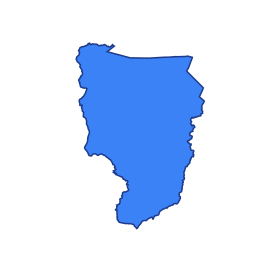 Shinyalu, Western, Kenya, rotated 293°
{"feature_id": "3690345B96442316049931", "entity_name": "Shinyalu", "entity_type": "district", "adm_level": 2, "iso_a3": "KEN", "parent_name": "Kenya", "parent_adm1": "Western", "projection": "orthographic", "projection_center": [34.839, 0.289], "detail": "fine", "context": "isolated", "style": "filled", "palette": "blue", "viewbox_px": 256, "rotation_deg": 293, "n_neighbors": 0, "source": "geoboundaries", "source_scale": "gbopen_adm2", "svg_char_len": 5809}
<svg xmlns="http://www.w3.org/2000/svg" viewBox="0 0 256 256"><g transform="rotate(293 128 128)"><path d="M209.7,139.0L207.0,133.1L200.5,120.0L194.8,106.0L194.3,104.7L193.8,104.1L193.3,101.7L190.1,79.0L198.0,83.4L198.6,81.1L197.9,81.1L195.4,79.6L195.2,78.9L195.5,77.9L195.1,77.5L194.9,76.9L195.2,76.2L195.5,75.8L195.6,73.6L194.4,72.7L194.0,72.2L194.0,71.6L193.9,71.1L193.0,70.3L192.4,68.7L192.5,67.9L192.9,67.2L192.9,66.5L192.6,65.5L191.8,63.9L191.7,62.5L190.3,61.4L190.2,60.7L190.4,60.2L190.9,60.0L191.1,59.5L190.7,59.0L190.1,58.5L189.3,58.2L188.8,58.6L188.3,58.2L187.8,57.4L187.3,56.9L186.6,56.7L186.3,55.9L185.6,55.5L185.0,54.0L184.3,53.3L183.6,52.9L183.0,52.4L181.3,52.5L180.5,52.3L179.9,52.3L179.9,52.8L178.7,53.4L178.5,54.0L176.0,54.3L173.7,53.2L172.6,53.2L171.7,53.3L170.9,53.5L170.0,54.9L169.2,55.3L168.6,57.6L168.2,58.0L167.6,59.4L166.9,59.8L166.2,59.6L165.5,59.8L165.1,60.4L164.8,60.9L164.4,61.3L163.9,62.4L163.4,62.7L163.0,63.3L162.5,63.4L161.9,63.4L161.7,64.1L161.2,64.3L160.1,65.0L158.3,65.1L157.9,64.6L157.4,64.3L156.6,64.3L156.1,64.6L155.6,64.2L154.9,64.4L154.3,64.3L153.7,63.8L152.7,63.9L151.5,65.0L151.4,65.5L150.8,65.9L149.9,66.1L149.6,66.7L147.6,68.0L147.3,68.6L147.3,69.3L147.5,70.2L147.3,70.9L147.6,71.4L147.5,72.0L147.8,72.4L148.3,73.7L148.2,74.7L146.9,75.0L145.6,75.0L143.5,75.2L141.4,74.9L139.9,74.8L138.6,74.0L136.8,73.5L135.9,72.6L135.1,72.3L134.4,72.3L133.4,72.7L131.6,74.2L130.9,74.4L130.1,74.8L130.0,75.5L131.1,76.4L131.0,77.0L129.6,77.3L128.8,77.2L128.2,77.6L127.2,78.5L125.9,79.2L125.6,79.6L125.2,80.8L124.8,81.2L124.1,81.2L123.0,81.8L122.2,82.0L121.5,82.1L120.9,82.7L120.5,85.2L120.1,85.6L118.4,87.1L117.6,87.5L116.8,87.6L115.1,88.5L114.5,89.2L113.9,90.2L111.3,92.0L111.0,92.6L110.3,93.2L109.1,94.1L108.3,94.4L104.6,94.6L103.5,94.8L102.7,95.0L100.2,95.9L99.5,96.0L98.1,96.1L93.5,95.6L92.6,95.9L92.0,96.6L89.7,100.6L88.5,101.7L87.5,102.8L87.6,104.2L87.9,105.1L88.5,105.5L89.2,105.5L90.1,105.9L90.7,106.5L91.6,108.1L91.0,110.8L91.5,111.5L92.3,112.0L93.7,113.5L93.9,114.3L93.5,115.7L93.6,117.7L92.8,119.9L92.6,120.7L92.7,121.3L92.3,122.6L91.8,123.1L91.9,124.4L91.5,125.0L90.1,126.7L89.8,127.3L88.5,128.3L88.7,128.8L88.6,129.5L87.7,130.9L87.3,131.3L86.5,130.9L86.1,131.6L85.6,131.9L85.5,132.5L85.2,133.0L84.6,132.5L83.7,132.4L83.0,131.5L82.7,132.4L81.5,131.7L81.3,132.3L81.8,134.0L81.7,134.6L81.5,135.1L81.0,134.9L80.7,134.4L80.4,135.0L80.5,135.7L80.4,137.6L80.5,139.4L80.4,140.8L80.7,141.5L79.9,142.5L79.7,143.5L79.0,143.8L79.3,145.2L78.8,145.8L78.4,146.6L78.9,147.0L79.1,147.5L79.2,148.2L78.9,148.7L78.1,148.6L77.3,148.9L76.5,148.6L75.8,148.6L75.3,148.8L75.2,149.6L75.5,150.1L74.8,150.0L74.3,150.3L73.3,150.5L71.4,152.8L70.7,152.5L70.1,152.5L69.4,152.0L69.0,151.3L68.2,150.9L67.8,150.1L67.7,149.3L66.9,148.7L66.1,148.3L64.4,149.1L63.8,148.8L63.0,148.7L62.6,149.1L62.4,149.7L61.2,149.9L60.7,149.6L60.4,149.0L59.9,148.5L59.2,148.3L57.4,149.5L56.8,149.4L56.3,149.7L55.7,149.8L54.4,149.7L54.2,149.2L53.5,148.8L52.7,147.8L52.4,148.5L51.9,148.7L51.2,148.3L50.6,148.7L49.7,149.0L47.8,148.5L47.6,149.0L48.0,149.6L48.0,150.2L46.1,150.7L45.4,151.2L44.0,151.7L43.0,152.4L41.8,152.6L41.8,153.2L41.1,153.4L40.5,153.4L39.9,153.6L39.4,154.1L39.2,155.2L38.6,155.3L38.1,156.1L37.8,157.0L38.6,160.9L39.1,163.2L40.1,165.4L40.1,166.2L40.6,167.0L41.0,168.1L41.2,169.5L41.3,171.0L41.1,171.5L40.2,172.3L39.6,174.0L38.8,175.2L39.4,175.8L40.7,176.0L41.4,176.0L42.1,176.1L45.0,177.1L47.1,177.4L48.2,178.0L49.2,178.9L49.8,180.9L50.6,181.4L51.8,181.7L55.1,184.4L55.3,185.1L54.9,185.6L54.3,185.8L53.9,186.2L54.1,186.8L56.6,186.7L57.5,186.8L58.2,188.0L59.3,189.2L59.6,189.7L60.3,190.1L62.2,189.9L63.5,189.9L64.1,190.1L65.8,191.3L66.5,191.4L67.8,192.9L68.5,193.3L69.4,194.3L69.4,195.0L69.9,195.5L70.7,195.5L71.2,195.7L72.5,196.9L72.8,197.3L73.8,198.1L74.5,199.2L75.0,199.6L76.3,199.8L76.8,200.5L77.0,201.9L77.2,202.5L77.9,203.0L79.4,203.4L81.5,203.5L82.0,203.7L83.0,203.5L83.6,203.7L84.2,203.3L85.0,203.1L85.3,202.4L85.3,201.8L86.1,201.5L87.8,200.6L89.0,201.0L89.4,201.6L89.9,201.9L91.2,202.1L92.5,201.6L93.3,201.7L93.7,200.9L94.6,201.0L95.3,200.9L95.7,200.6L96.9,200.7L97.8,200.4L98.3,199.8L99.0,199.8L99.5,200.1L100.0,199.9L100.7,198.8L101.5,198.9L102.0,199.6L102.5,199.8L104.0,199.4L104.5,199.2L104.8,198.5L105.5,198.2L106.4,198.3L106.9,197.9L109.5,196.6L110.3,196.9L111.1,196.6L111.7,196.7L114.4,196.3L115.1,196.6L115.4,197.2L116.1,197.6L116.7,197.2L118.0,197.9L118.8,198.0L120.0,198.5L120.7,198.3L121.4,197.8L122.1,198.1L122.7,198.1L123.3,197.6L124.3,198.1L125.4,197.8L126.6,198.1L127.1,198.6L127.0,199.3L127.6,199.4L129.0,199.0L129.1,198.2L129.9,198.1L130.5,197.7L131.9,197.8L132.7,197.4L132.9,196.6L132.5,196.0L132.3,194.7L132.7,194.2L134.0,193.4L134.8,192.5L135.3,192.2L136.4,192.7L137.1,192.7L137.9,192.3L137.6,191.8L137.4,191.1L137.9,190.6L138.1,188.7L138.8,188.0L139.6,188.1L139.8,188.7L140.3,189.3L141.8,189.5L142.0,190.0L142.6,190.2L143.0,190.7L145.2,190.5L145.6,190.0L145.5,188.6L145.3,188.0L145.9,187.5L146.5,187.1L147.1,187.2L147.8,187.1L148.6,187.3L149.2,187.7L150.2,188.9L150.6,188.2L152.0,188.5L153.3,188.3L154.4,189.1L155.0,189.1L155.6,188.6L156.2,187.6L156.2,187.1L155.7,186.7L155.0,186.5L154.9,186.0L155.7,185.8L156.2,185.1L156.1,184.3L156.7,183.8L157.4,183.8L158.5,184.2L159.0,183.6L159.5,182.7L160.5,182.3L162.9,182.9L162.5,183.8L163.0,184.7L163.7,185.2L164.4,185.3L164.4,186.1L164.7,186.6L165.4,187.0L165.7,187.7L166.6,188.5L167.0,189.0L167.2,189.7L167.9,190.2L168.5,190.1L169.0,189.7L169.6,189.7L170.6,190.9L171.9,190.3L172.5,190.2L172.9,189.9L173.0,189.3L173.4,188.7L174.1,188.3L174.7,188.6L177.4,187.2L179.3,187.4L180.0,187.7L181.4,187.7L182.4,187.8L182.9,187.0L184.6,181.5L192.0,181.8L194.4,181.6L203.3,159.7L206.8,160.2L214.8,159.8L215.7,159.9L218.2,159.6L217.5,154.8L216.4,153.1L213.5,146.9L212.1,143.5L209.7,139.0Z" fill="#3b82f6" stroke="#1e3a8a" stroke-width="1.5"/></g></svg>